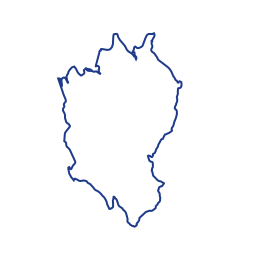 SVG path tracing the border of Kalimantan Tengah, rotated 146°
{"feature_id": "IDN-1931", "entity_name": "Kalimantan Tengah", "entity_type": "Province", "adm_level": 1, "iso_a3": "IDN", "parent_name": "Indonesia", "parent_adm1": "", "projection": "equal_earth", "projection_center": [113.429, -1.416], "detail": "fine", "context": "isolated", "style": "outline", "palette": "blue", "viewbox_px": 256, "rotation_deg": 146, "n_neighbors": 0, "source": "natural_earth", "source_scale": "10m", "svg_char_len": 5809}
<svg xmlns="http://www.w3.org/2000/svg" viewBox="0 0 256 256"><g transform="rotate(146 128 128)"><path d="M158.2,208.1L157.5,207.7L157.0,207.3L156.8,206.7L156.8,205.9L157.1,205.3L157.6,205.0L157.9,204.6L158.6,202.0L159.4,200.8L159.6,200.2L159.8,199.3L158.6,200.7L157.5,203.0L156.3,205.2L154.5,206.0L153.5,205.9L152.7,205.5L152.2,204.7L152.1,203.3L152.6,199.5L152.5,198.4L152.2,199.2L151.9,200.9L151.9,201.8L151.8,202.0L151.4,202.4L150.3,205.0L148.5,206.2L147.5,206.5L145.7,208.0L143.6,208.9L140.6,209.6L138.2,209.0L138.0,206.0L138.3,204.4L138.5,202.7L138.5,201.0L137.8,198.2L137.6,197.8L137.1,197.6L134.5,197.6L133.9,197.8L133.3,198.2L132.9,198.8L132.5,200.3L132.0,200.7L130.3,200.9L130.0,200.8L129.8,200.3L129.6,198.8L129.3,198.1L128.9,197.6L128.5,197.3L129.7,200.7L129.9,201.7L128.4,199.4L127.1,198.3L126.7,197.9L126.4,197.4L125.9,196.2L125.8,195.0L125.5,194.6L125.0,193.9L124.3,193.4L123.4,193.1L122.6,192.6L120.6,187.8L120.7,190.6L120.1,192.3L119.8,192.7L119.3,192.7L119.1,192.9L118.1,194.3L117.8,195.1L118.1,195.9L118.6,196.6L119.0,196.8L120.2,197.1L120.2,197.3L109.9,206.3L108.9,207.4L108.3,207.7L107.3,207.4L107.1,207.5L107.0,208.0L106.8,208.3L106.2,208.5L105.6,208.2L101.6,204.4L100.4,203.7L99.0,203.3L96.1,204.0L93.6,206.0L89.3,211.7L88.1,213.1L87.3,213.6L86.8,213.5L86.3,213.1L84.9,212.5L84.5,212.0L84.5,211.2L85.1,209.5L85.3,208.6L85.5,206.1L85.5,205.2L84.7,198.4L84.8,196.6L85.2,193.3L84.9,191.6L83.1,187.2L82.9,185.7L82.9,183.9L82.4,183.5L82.3,183.1L82.4,182.3L82.8,181.2L82.9,180.5L82.4,180.8L82.0,181.3L81.6,181.9L81.5,182.5L81.7,184.9L81.5,185.3L81.0,185.9L80.5,186.7L80.4,187.0L80.6,187.4L80.9,187.6L81.4,188.2L81.5,188.5L81.4,188.6L81.1,188.6L81.1,188.8L79.8,189.4L77.9,191.2L77.5,191.5L76.9,191.6L76.4,191.4L76.2,190.8L75.8,189.4L75.0,188.6L73.9,188.1L71.4,187.8L70.2,187.9L69.4,188.4L62.5,193.3L60.3,194.4L59.0,194.5L57.9,194.2L55.5,192.4L55.0,192.2L53.9,192.2L53.4,191.9L53.5,191.4L53.8,190.7L54.0,190.3L54.9,189.3L55.9,188.7L56.9,188.3L59.4,186.9L59.7,186.9L59.5,186.3L60.6,185.7L60.8,185.5L61.4,184.3L61.9,182.6L62.2,182.0L62.6,181.5L64.7,180.3L65.3,179.4L65.4,178.9L65.4,178.3L65.4,177.7L65.1,176.9L64.7,175.9L64.5,175.3L64.4,174.2L64.4,170.5L64.8,168.2L64.7,167.3L61.0,156.3L60.5,154.0L60.5,151.4L60.5,150.6L61.4,145.9L61.4,143.1L61.7,141.6L61.6,141.0L61.5,140.6L61.1,140.0L61.1,139.7L61.2,138.7L61.3,138.2L61.2,137.7L60.8,137.4L59.5,137.9L59.2,137.9L58.8,137.5L58.6,137.1L58.3,136.6L58.2,136.1L58.3,135.9L58.5,135.5L59.4,134.0L59.9,133.3L61.0,132.4L61.7,132.1L62.2,132.1L63.4,132.4L63.8,132.8L64.2,132.8L64.6,132.6L65.7,131.1L66.2,130.6L67.2,129.0L67.8,128.2L69.3,127.1L70.3,126.3L70.9,124.7L71.3,124.0L71.6,123.8L72.1,122.9L72.9,122.2L74.6,121.1L75.1,120.4L76.7,119.7L77.6,118.9L78.0,118.5L78.3,117.8L78.2,117.2L77.9,116.1L77.9,115.6L78.0,115.0L78.2,114.5L79.2,112.9L79.8,112.1L82.7,109.5L86.0,107.3L89.2,104.5L91.8,103.4L92.6,102.5L92.8,101.7L92.9,101.3L93.2,101.1L93.6,101.0L97.2,101.0L98.6,101.4L99.8,101.5L100.9,101.9L101.3,101.8L104.0,100.3L105.1,99.5L105.5,99.6L106.4,99.9L107.1,99.8L112.3,97.1L113.4,96.0L116.4,94.6L117.3,94.1L118.1,93.3L119.7,92.4L120.3,92.3L121.3,92.5L122.0,92.4L122.7,91.2L123.2,91.0L124.1,90.5L124.3,90.5L124.8,90.9L125.4,92.5L126.2,93.5L126.5,93.7L127.1,93.7L127.3,93.3L127.9,91.2L128.4,89.6L128.5,89.1L128.4,88.6L127.9,87.3L127.7,87.1L127.2,86.7L126.9,86.1L127.0,85.3L127.6,84.1L129.2,81.8L129.5,81.5L130.7,81.0L131.4,79.9L132.1,79.6L132.2,79.4L132.3,78.4L132.8,76.9L133.7,74.6L133.7,73.7L133.1,70.9L133.0,69.8L132.9,69.2L132.3,67.3L131.9,66.6L130.8,65.5L130.4,65.0L129.9,63.6L129.1,62.1L130.2,61.5L131.3,61.2L132.1,60.8L132.7,60.9L133.7,61.4L134.6,61.3L135.2,61.4L135.6,61.3L136.0,61.0L136.9,60.0L137.3,59.7L137.9,59.5L138.2,59.0L138.3,58.1L138.3,56.7L138.4,56.1L138.6,55.5L139.5,54.3L140.3,52.1L140.5,51.7L141.2,51.1L141.7,50.3L142.4,49.6L143.3,49.2L145.2,48.9L146.4,48.1L148.1,47.8L148.6,47.7L148.9,47.4L149.5,46.5L150.1,46.1L150.6,46.0L151.8,46.0L153.1,45.9L154.5,46.0L155.3,46.4L156.0,47.1L156.4,47.4L160.2,48.4L168.6,47.1L169.2,46.6L169.8,45.8L170.7,45.1L172.2,44.4L173.6,44.1L174.3,43.8L174.6,43.6L174.8,42.9L175.1,42.6L176.9,42.4L177.4,42.5L177.8,42.6L178.0,42.9L178.2,43.6L179.1,44.2L179.3,44.5L179.7,45.7L180.1,46.2L180.2,46.5L180.3,48.2L180.8,49.7L180.8,50.1L180.7,50.6L180.6,51.1L179.2,52.8L177.6,57.3L177.2,58.8L177.1,59.4L177.2,61.0L177.7,62.8L177.7,64.8L178.8,67.5L179.1,68.6L179.1,69.0L179.0,69.5L178.1,72.5L177.6,74.5L177.5,75.7L177.6,76.0L177.9,76.6L177.9,76.9L177.8,78.0L177.9,78.4L178.1,78.9L178.6,78.9L179.6,77.5L181.0,76.5L181.4,75.9L181.7,75.2L184.0,71.6L184.8,70.8L185.2,70.8L186.6,70.6L188.4,71.1L188.7,71.4L188.7,71.7L188.4,73.0L188.0,76.2L187.1,78.5L186.9,79.2L186.7,80.5L186.5,83.5L186.6,84.2L187.1,86.4L187.2,88.3L187.7,90.6L188.2,92.1L189.7,94.9L189.9,95.5L190.0,96.2L190.0,97.8L190.7,102.5L190.9,103.0L191.9,104.7L192.0,105.3L192.1,107.0L192.3,107.4L193.8,109.0L194.4,109.5L195.4,109.8L196.3,110.4L197.0,110.6L197.8,111.3L198.3,112.0L198.9,113.6L199.6,114.4L199.9,115.0L200.3,115.6L200.7,115.8L201.6,115.2L202.2,114.9L202.6,119.7L202.4,120.3L202.3,122.3L202.1,123.2L200.6,126.9L200.1,127.8L199.7,128.4L199.3,128.6L198.5,128.4L198.7,126.7L198.7,126.1L198.5,125.8L198.1,125.8L197.4,126.0L194.8,127.6L192.5,128.1L191.1,128.8L190.8,129.1L190.6,129.5L190.4,130.3L188.5,141.9L188.4,143.2L188.6,144.4L189.1,146.4L189.1,147.4L188.5,148.8L188.0,149.6L187.7,150.4L187.6,150.9L188.2,152.7L184.0,158.0L183.1,159.0L182.3,159.4L181.0,159.9L175.7,161.6L175.0,162.1L174.9,164.2L175.4,165.6L175.7,166.1L175.8,167.8L175.7,168.2L175.1,169.9L174.6,171.6L173.2,173.5L172.9,174.2L172.4,175.9L172.2,178.5L171.9,179.2L170.9,180.4L168.9,181.3L168.6,181.6L168.5,181.8L168.5,182.3L168.3,182.9L168.0,183.4L167.6,183.8L167.0,184.1L164.7,184.8L163.9,186.2L163.6,187.2L162.9,191.0L158.2,208.1Z" fill="none" stroke="#1e3a8a" stroke-width="2"/></g></svg>